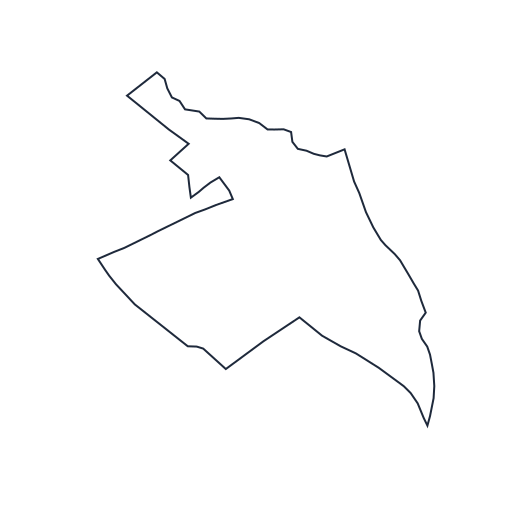 outline of Embakasi West, Nairobi, Kenya, rotated 79°
{"feature_id": "3690345B73871814801291", "entity_name": "Embakasi West", "entity_type": "district", "adm_level": 2, "iso_a3": "KEN", "parent_name": "Kenya", "parent_adm1": "Nairobi", "projection": "albers", "projection_center": [36.887, -1.273], "detail": "fine", "context": "isolated", "style": "outline", "palette": "slate", "viewbox_px": 512, "rotation_deg": 79, "n_neighbors": 0, "source": "geoboundaries", "source_scale": "gbopen_adm2", "svg_char_len": 1262}
<svg xmlns="http://www.w3.org/2000/svg" viewBox="0 0 512 512"><g transform="rotate(79 256 256)"><path d="M455.2,120.1L446.3,115.7L429.5,108.8L417.7,105.8L404.5,104.1L395.5,104.0L386.0,104.0L377.6,105.2L369.0,109.0L361.0,110.2L350.7,107.2L344.0,100.2L331.5,102.3L320.9,103.5L313.1,106.4L303.3,109.8L294.7,112.9L287.7,115.4L280.5,119.5L270.1,126.9L264.1,130.4L250.3,135.4L233.9,139.7L214.0,142.6L201.6,145.5L168.2,148.7L171.8,167.6L169.4,174.1L166.7,179.8L162.3,186.3L158.8,194.5L150.9,198.5L141.0,197.9L136.9,204.7L135.4,213.5L134.0,220.5L126.1,227.5L120.5,236.6L117.1,246.6L116.3,253.9L115.1,262.3L113.4,270.2L111.5,278.5L103.4,284.1L98.5,297.7L89.2,301.5L84.3,308.3L74.5,311.1L64.8,311.9L56.8,318.3L74.0,352.0L115.1,317.5L133.0,300.7L145.8,321.9L163.5,307.2L175.5,308.2L186.3,308.8L182.2,300.0L179.0,294.4L175.2,286.7L171.7,277.0L186.7,269.8L195.7,267.9L198.3,285.4L200.6,297.3L202.2,307.6L205.3,319.0L210.2,337.3L213.0,347.7L215.2,355.2L222.9,383.6L224.9,394.4L228.7,411.8L241.0,406.7L247.3,403.9L257.1,398.8L280.4,384.2L331.6,340.2L333.6,331.5L336.8,325.5L361.2,307.2L341.1,264.9L324.5,225.1L346.9,206.3L360.8,190.1L370.7,176.5L389.3,156.7L412.1,135.7L420.1,130.3L431.5,125.4L446.9,122.3L455.2,120.1Z" fill="none" stroke="#1e293b" stroke-width="2"/></g></svg>